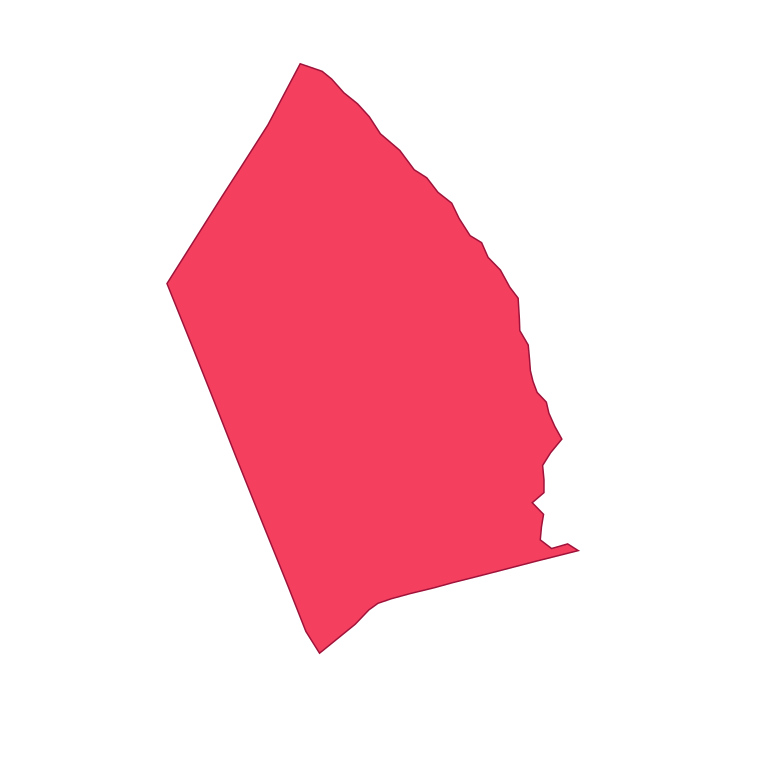 Feira Nova, Pernambuco, Brazil (Natural Earth projection), rotated 109°
{"feature_id": "56859067B25061969045755", "entity_name": "Feira Nova", "entity_type": "district", "adm_level": 2, "iso_a3": "BRA", "parent_name": "Brazil", "parent_adm1": "Pernambuco", "projection": "natural_earth1", "projection_center": [-35.384, -7.947], "detail": "fine", "context": "isolated", "style": "filled", "palette": "rose", "viewbox_px": 768, "rotation_deg": 109, "n_neighbors": 0, "source": "geoboundaries", "source_scale": "gbopen_adm2", "svg_char_len": 939}
<svg xmlns="http://www.w3.org/2000/svg" viewBox="0 0 768 768"><g transform="rotate(109 384 384)"><path d="M659.5,357.3L641.7,346.2L620.5,333.0L602.4,324.7L593.3,318.3L584.6,307.1L573.7,291.1L559.9,269.6L549.6,254.6L531.3,226.6L502.1,182.6L478.3,146.1L475.4,158.3L485.0,172.0L480.5,185.5L467.8,188.6L455.3,190.7L448.0,205.2L434.6,197.4L422.6,201.5L409.4,207.5L394.7,204.1L378.2,197.9L368.4,208.8L357.9,218.6L348.3,224.6L342.1,236.5L333.0,244.0L323.8,249.9L312.9,254.6L300.2,260.3L289.3,273.0L278.6,277.1L259.2,285.1L251.6,296.5L238.4,311.0L230.4,326.8L218.6,337.7L215.7,350.9L203.0,366.9L191.0,378.8L185.2,395.4L175.1,410.7L171.6,425.2L158.0,445.1L148.6,468.9L136.1,484.9L127.7,500.2L121.7,516.8L112.7,532.8L108.5,544.2L108.5,567.5L176.7,578.1L226.0,590.0L258.5,598.0L359.7,621.9L409.6,578.6L451.3,542.7L501.7,499.7L555.0,453.6L579.9,431.9L607.3,408.1L643.4,377.3L659.5,357.3Z" fill="#f43f5e" stroke="#9f1239" stroke-width="1.5"/></g></svg>